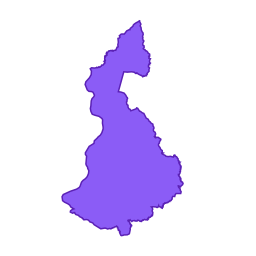 Central Gonja, Northern, Ghana (Robinson projection), rotated 95°
{"feature_id": "2480657B60919857809422", "entity_name": "Central Gonja", "entity_type": "district", "adm_level": 2, "iso_a3": "GHA", "parent_name": "Ghana", "parent_adm1": "Northern", "projection": "robinson", "projection_center": [-1.24, 8.941], "detail": "fine", "context": "isolated", "style": "filled", "palette": "violet", "viewbox_px": 256, "rotation_deg": 95, "n_neighbors": 0, "source": "geoboundaries", "source_scale": "gbopen_adm2", "svg_char_len": 5851}
<svg xmlns="http://www.w3.org/2000/svg" viewBox="0 0 256 256"><g transform="rotate(95 128 128)"><path d="M49.6,117.1L48.5,117.9L48.6,118.2L47.7,119.7L46.2,118.9L44.6,119.3L44.4,120.2L43.3,120.6L42.3,120.6L40.1,119.8L39.5,120.0L39.3,120.6L37.2,121.3L36.8,121.0L35.4,121.5L33.4,121.0L31.7,121.5L31.0,122.3L29.1,123.3L26.7,123.8L25.2,124.8L23.4,124.2L21.0,125.7L20.3,125.7L20.2,126.1L20.8,126.4L22.5,129.1L23.9,130.8L25.0,131.7L26.2,132.0L28.7,134.5L29.9,134.6L30.0,135.5L31.4,137.8L34.7,139.8L35.0,142.9L36.9,144.7L38.1,143.9L39.1,144.5L39.6,145.8L43.5,145.1L46.1,145.4L47.8,144.9L48.3,145.2L48.4,145.9L51.7,147.0L51.6,147.6L52.2,149.0L52.1,150.1L52.7,149.9L52.6,150.7L52.3,150.8L52.5,151.1L52.3,152.0L52.8,152.8L52.7,153.5L52.9,153.8L53.1,153.6L54.3,155.0L54.4,155.8L55.2,156.0L55.6,155.4L56.0,155.9L56.3,155.5L56.6,155.8L57.3,155.4L57.8,156.6L58.1,156.5L58.4,156.8L58.2,157.2L58.4,157.3L58.6,156.9L58.8,157.3L59.2,157.3L59.5,156.9L60.1,157.3L60.9,157.3L62.3,156.7L62.3,157.1L63.1,157.0L63.4,157.4L63.5,157.0L64.0,157.3L64.4,156.7L65.4,157.2L65.7,157.0L65.8,157.3L67.2,158.1L67.6,158.6L67.5,159.5L68.7,160.0L69.1,160.9L69.6,161.0L69.9,161.6L69.7,162.0L70.0,162.2L69.7,162.5L70.4,163.3L70.6,163.8L70.3,164.3L70.6,164.4L71.2,166.6L71.2,169.6L72.3,170.8L74.4,169.4L78.0,169.3L81.2,170.7L85.6,174.0L88.4,174.5L93.6,171.9L94.9,170.1L94.9,167.5L95.4,166.0L98.2,164.3L99.7,164.7L101.9,166.4L104.2,167.0L109.1,166.9L111.9,167.2L114.7,166.4L117.4,164.8L118.2,161.9L118.9,157.9L120.8,154.8L122.1,154.0L125.4,153.9L129.1,152.9L131.0,152.7L134.9,153.6L137.5,154.9L139.5,157.0L141.0,158.0L143.6,160.4L146.3,160.6L149.7,165.1L156.4,168.3L158.1,168.1L159.6,166.8L167.5,166.8L168.9,166.2L170.5,164.9L171.8,164.6L174.0,163.3L176.9,163.4L180.0,164.4L182.1,165.9L184.1,168.2L186.0,169.6L190.3,170.7L191.5,171.4L193.4,173.9L196.0,179.8L199.9,186.7L202.2,187.7L206.1,186.8L207.4,184.8L208.7,181.4L209.9,179.3L211.7,178.1L213.3,174.9L213.9,176.3L215.4,178.0L216.7,178.2L217.1,177.4L217.7,175.6L216.9,174.4L216.9,173.8L217.4,173.7L218.7,172.5L219.4,169.5L220.4,168.8L221.6,165.6L222.0,165.6L222.3,164.8L222.9,164.6L223.3,164.0L222.8,161.4L223.0,160.0L223.7,158.8L224.8,157.9L225.6,154.9L227.3,153.3L230.8,146.3L229.7,142.2L229.9,140.9L230.4,139.6L229.7,137.5L230.0,136.2L229.4,135.7L229.1,134.8L228.7,134.6L228.6,133.5L227.8,133.0L227.5,131.8L226.7,130.8L227.6,129.7L228.2,129.9L228.3,129.4L230.3,128.9L230.3,128.4L230.9,128.4L230.9,127.9L231.6,127.0L231.9,127.3L232.8,126.9L233.0,127.2L235.5,125.8L235.8,125.3L235.4,123.6L234.9,122.8L234.5,119.5L233.4,117.6L233.0,117.4L228.7,116.9L227.9,117.2L226.8,116.7L225.9,116.7L225.1,115.8L224.6,116.0L224.6,116.5L224.2,116.4L224.0,116.9L223.3,117.2L223.3,117.8L222.1,117.9L221.7,118.4L220.3,119.0L220.8,119.6L220.0,120.0L219.7,119.6L219.7,118.2L219.3,117.9L220.1,117.3L220.3,116.6L220.8,116.0L220.0,115.3L219.6,113.4L220.0,112.9L219.8,112.7L220.0,112.0L219.9,110.8L219.1,110.5L219.0,110.0L219.2,109.0L219.9,107.9L219.7,107.4L220.0,106.8L219.9,106.4L219.3,106.3L218.8,105.2L218.5,105.4L218.1,105.0L218.2,104.3L217.6,103.5L218.0,102.2L217.6,101.2L218.0,100.8L217.8,100.4L217.0,99.8L216.8,100.6L216.1,100.3L216.1,99.6L215.1,99.5L215.0,98.1L213.7,97.2L213.9,97.0L213.6,96.6L213.5,96.9L213.1,96.7L213.1,96.2L212.5,96.0L212.2,96.3L211.8,95.9L209.9,95.9L209.1,96.5L208.1,96.7L206.7,96.3L205.2,97.0L204.6,97.8L204.3,96.7L204.2,93.3L204.7,92.1L204.2,91.2L202.7,90.7L203.3,90.5L203.6,90.0L203.9,88.6L204.6,87.9L204.9,86.9L204.3,86.9L203.9,86.5L203.7,86.9L203.0,86.7L202.8,86.9L202.3,86.6L202.4,86.1L200.8,86.2L200.8,85.6L200.2,85.6L199.8,84.6L199.4,84.6L199.6,83.7L199.0,83.3L199.0,82.3L198.6,82.1L198.7,81.7L197.7,80.9L197.6,80.2L197.3,80.3L196.7,79.9L196.8,79.2L196.4,78.7L195.2,78.2L194.9,77.8L193.5,78.0L192.2,77.4L192.2,75.5L190.4,75.2L189.1,74.4L188.7,69.8L186.9,69.5L185.3,70.6L184.3,70.6L182.6,72.4L181.3,72.9L181.2,72.5L182.1,70.5L181.1,70.1L179.8,68.7L178.5,68.3L177.2,69.0L177.2,69.4L176.7,69.9L176.8,70.3L176.3,70.8L175.7,70.7L175.3,71.2L175.2,70.8L173.8,71.0L173.8,71.4L173.4,71.7L173.1,71.6L173.0,72.0L172.1,72.1L171.4,72.6L171.4,73.1L171.1,73.1L170.9,73.5L170.0,73.7L170.0,73.3L169.6,73.1L169.6,72.8L168.2,72.2L167.1,72.4L166.9,72.0L166.6,72.0L166.6,72.3L166.2,72.0L165.2,72.3L164.9,71.9L164.4,72.2L163.5,71.8L163.4,72.2L162.2,72.3L162.3,71.8L161.4,71.8L159.9,73.4L159.4,73.1L158.7,73.8L158.3,73.6L158.3,74.3L157.8,74.3L157.4,73.6L157.3,74.1L156.2,74.5L156.2,75.1L154.2,75.5L153.8,76.3L153.3,76.3L152.3,77.2L152.2,78.2L150.9,78.9L150.9,79.5L151.3,80.0L152.6,79.9L153.0,80.3L152.5,83.3L153.0,85.5L152.8,87.8L152.1,88.5L150.9,91.6L150.4,92.0L149.8,90.9L149.5,92.1L148.8,91.8L147.5,91.9L146.5,93.5L144.5,94.5L143.7,95.5L142.3,96.2L141.1,96.1L140.2,95.4L139.1,95.5L137.1,94.4L136.3,94.3L134.6,97.3L135.3,99.8L135.1,100.2L134.5,100.1L134.3,100.7L133.8,100.1L133.6,100.4L132.4,100.4L132.1,100.0L131.3,100.0L129.8,100.7L129.2,102.0L128.1,102.5L126.6,102.5L125.9,102.1L124.8,102.4L124.0,103.1L122.0,103.6L121.1,105.5L119.9,106.5L119.4,107.5L117.5,108.7L116.6,110.7L112.1,113.5L111.6,115.2L110.3,117.1L110.3,117.9L107.5,120.1L107.2,121.1L108.2,121.6L110.6,126.7L109.2,127.5L108.7,128.9L107.2,129.8L105.3,130.0L104.7,131.2L102.2,131.8L101.4,131.3L99.8,131.5L98.7,131.0L97.8,131.3L97.2,132.1L95.6,133.0L93.6,134.9L92.8,138.2L92.7,140.8L72.4,137.1L72.4,133.5L71.7,129.3L71.9,126.6L73.0,125.1L72.9,124.5L72.6,124.5L72.3,124.0L73.4,122.4L74.5,119.6L74.4,119.1L75.6,117.9L75.0,117.3L75.3,117.2L75.0,116.8L75.0,116.2L74.2,115.3L74.5,114.8L74.3,114.2L73.9,114.3L72.7,113.5L72.1,113.8L69.4,111.9L68.4,112.3L66.2,111.8L65.5,112.9L64.9,112.8L64.6,113.1L63.1,112.9L62.6,112.6L62.8,112.2L62.2,112.3L62.1,111.7L61.4,111.3L60.9,112.1L59.9,112.4L58.0,112.2L57.1,111.7L56.7,113.2L55.8,113.1L55.2,113.5L54.7,112.8L54.3,113.2L53.9,112.7L52.5,112.9L51.6,114.6L50.9,114.8L49.6,116.2L49.6,117.1Z" fill="#8b5cf6" stroke="#5b21b6" stroke-width="1.5"/></g></svg>